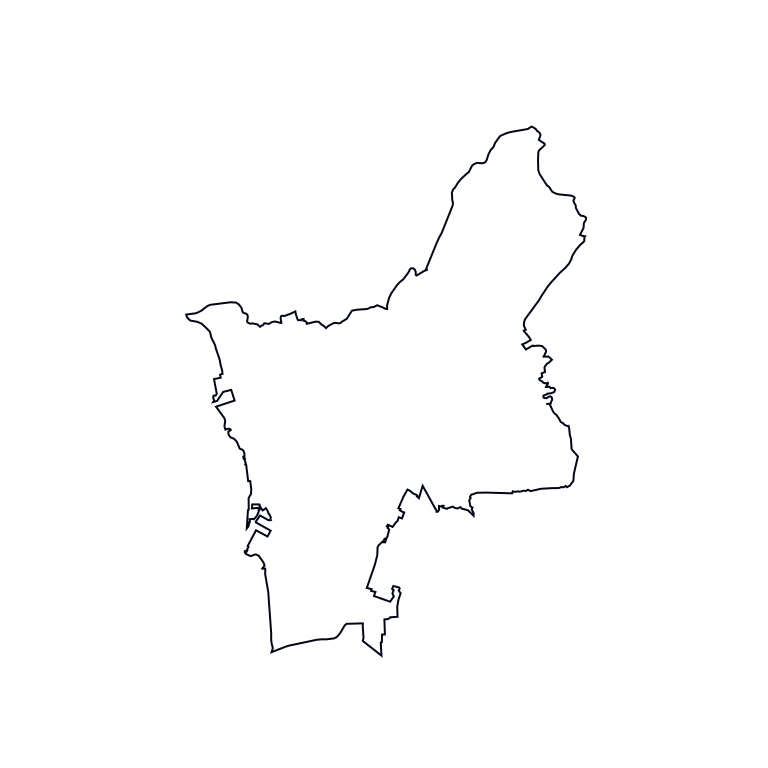 Kota Cirebon, Jawa Barat, Indonesia (orthographic projection), rotated 197°
{"feature_id": "22746128B80288264799633", "entity_name": "Kota Cirebon", "entity_type": "district", "adm_level": 2, "iso_a3": "IDN", "parent_name": "Indonesia", "parent_adm1": "Jawa Barat", "projection": "orthographic", "projection_center": [108.552, -6.744], "detail": "fine", "context": "isolated", "style": "outline", "palette": "ink", "viewbox_px": 768, "rotation_deg": 197, "n_neighbors": 0, "source": "geoboundaries", "source_scale": "gbopen_adm2", "svg_char_len": 6164}
<svg xmlns="http://www.w3.org/2000/svg" viewBox="0 0 768 768"><g transform="rotate(197 384 384)"><path d="M584.9,396.5L593.4,392.6L591.9,390.2L587.8,388.0L580.9,388.9L576.1,388.4L570.3,385.6L565.7,383.0L562.6,377.8L557.0,371.9L555.0,368.5L548.5,359.6L545.8,354.4L542.8,349.8L541.4,346.4L542.2,346.1L543.5,344.9L542.0,342.3L548.0,339.0L541.1,325.8L541.6,323.7L543.6,323.0L543.4,321.0L541.6,318.6L542.1,316.8L538.7,319.0L535.5,329.4L528.4,333.7L522.0,324.5L538.0,313.2L526.6,304.6L525.1,302.4L524.2,296.8L522.3,294.0L520.5,295.4L518.5,296.0L517.3,295.6L517.1,295.1L518.9,293.0L518.5,291.4L517.2,289.5L515.4,288.2L511.2,287.7L507.9,285.8L503.1,280.0L500.5,279.8L499.0,279.2L497.1,276.7L496.3,274.0L497.3,273.4L496.6,271.8L495.2,272.1L494.9,271.6L495.5,271.0L493.4,268.4L493.2,266.5L492.3,266.7L485.5,251.4L483.5,252.0L480.2,244.6L479.1,240.1L480.1,235.3L476.9,225.2L476.7,223.9L477.2,223.5L473.0,205.7L472.1,207.9L472.0,209.7L472.6,211.8L472.1,212.1L472.4,212.9L472.0,213.3L473.0,215.4L469.8,216.8L468.8,216.6L467.0,220.8L466.5,225.3L467.0,226.8L466.2,227.5L466.6,228.2L467.7,228.9L473.9,226.4L474.8,230.3L468.1,232.4L467.3,231.7L467.4,231.1L463.1,227.6L460.6,230.7L458.2,228.6L456.2,226.0L455.7,226.1L453.2,223.3L453.1,221.4L452.5,220.8L454.4,219.9L464.1,222.0L466.3,215.1L466.1,214.2L449.5,210.6L450.8,204.1L463.6,206.7L467.0,189.2L465.9,188.7L466.7,184.8L466.1,184.7L466.4,183.4L468.2,183.4L467.8,182.1L466.6,181.2L461.8,180.4L460.2,181.0L458.2,182.8L456.5,183.6L453.5,183.1L447.0,178.0L445.1,175.5L446.5,171.9L446.1,171.8L443.8,172.7L443.2,171.8L442.1,167.5L433.9,151.3L418.8,112.1L417.3,106.9L415.8,103.4L413.1,98.9L413.1,94.7L401.2,104.1L398.2,106.1L373.6,119.7L369.5,121.4L364.6,122.9L357.2,126.2L355.2,128.2L353.9,131.0L353.0,133.3L351.0,141.6L349.7,143.7L335.5,148.5L334.2,148.8L333.6,146.4L329.4,135.3L329.2,132.1L307.0,123.5L311.5,135.7L310.6,136.5L312.6,143.8L309.9,144.8L314.8,159.0L311.4,160.4L309.6,162.5L309.7,162.8L303.0,165.3L306.3,175.2L307.1,182.2L306.9,188.8L309.5,190.7L309.2,192.8L309.8,193.8L316.0,193.6L316.3,190.3L314.5,189.6L314.7,186.1L312.5,183.7L314.5,177.6L331.6,178.3L331.4,182.6L335.9,182.4L335.9,184.2L340.8,183.9L339.9,208.5L340.4,218.4L342.4,225.9L342.1,227.9L339.8,232.1L336.6,232.9L336.6,234.0L338.6,234.0L338.1,236.2L336.5,236.1L336.6,238.0L336.1,238.6L336.5,246.4L338.6,247.5L338.2,249.0L339.6,249.0L339.1,250.6L334.0,249.8L332.1,255.4L331.0,257.0L330.9,260.9L327.5,260.7L327.1,267.1L328.8,267.1L332.0,267.8L331.7,269.2L333.9,269.4L332.4,282.1L330.7,289.9L328.1,289.5L324.3,287.9L319.9,287.3L319.5,287.0L319.7,286.1L317.2,285.0L317.3,298.0L296.5,277.9L296.4,277.2L295.3,277.5L294.5,279.8L295.8,283.4L293.0,283.6L293.0,284.4L291.5,284.9L291.6,283.0L287.3,283.0L286.4,284.1L282.4,286.8L279.8,286.2L277.2,286.5L274.9,288.6L273.4,287.6L266.8,287.8L259.8,284.2L260.5,286.6L263.4,289.6L263.2,291.6L265.7,292.4L268.5,297.7L267.8,300.2L268.8,301.2L268.2,303.5L263.2,307.2L254.3,310.1L229.5,316.9L229.5,319.0L227.3,319.1L224.2,320.6L222.8,320.6L219.3,322.8L217.0,323.2L215.4,325.0L212.6,324.4L203.2,329.7L194.7,332.9L186.2,335.7L184.6,337.1L182.0,337.8L180.5,339.6L178.9,338.8L176.6,341.1L174.6,346.8L176.2,354.0L177.4,371.4L185.5,376.5L189.3,386.4L191.3,389.4L193.8,395.4L195.1,397.7L195.3,397.4L199.5,397.7L200.9,398.7L203.9,399.4L206.9,402.4L210.4,405.1L211.9,405.4L214.3,407.1L220.0,413.5L223.0,412.2L218.8,414.2L219.0,415.5L218.6,418.3L219.7,420.2L220.8,420.8L222.6,420.2L224.5,417.9L225.7,417.6L227.4,417.6L228.2,419.1L227.5,420.1L225.2,421.8L225.0,422.5L221.5,424.0L218.8,426.2L218.6,428.5L220.0,429.6L221.5,429.7L223.5,428.8L224.5,429.6L225.4,429.7L227.2,428.7L228.2,428.5L227.3,432.5L227.8,433.1L229.2,431.9L231.9,431.8L232.8,432.2L233.1,432.6L236.4,433.3L237.2,434.4L234.8,437.2L236.4,440.2L233.5,442.6L235.3,446.5L235.2,448.0L234.0,451.2L232.8,452.3L230.5,456.3L234.6,458.3L239.3,456.9L238.5,462.2L238.9,463.6L239.9,464.5L243.9,466.5L247.4,465.9L252.3,464.0L253.1,464.2L258.4,458.5L263.4,462.3L260.7,464.5L256.5,469.0L259.3,471.5L265.9,475.7L265.4,476.5L264.3,477.3L267.3,480.7L268.1,483.8L268.1,487.0L260.3,509.3L259.1,514.4L256.0,524.9L254.2,529.4L248.2,542.0L244.9,547.5L242.3,553.1L241.4,557.6L241.3,562.0L239.7,568.3L237.2,574.1L234.6,578.3L234.3,579.4L235.2,582.7L234.9,584.1L236.6,583.7L240.2,583.9L238.8,591.6L239.9,596.3L239.0,599.6L239.2,601.9L240.0,602.5L242.2,602.9L245.2,602.6L247.4,603.8L252.0,608.5L252.9,610.9L255.4,613.1L256.5,615.0L256.0,617.4L256.7,618.5L260.2,618.9L271.4,616.6L274.9,616.3L279.2,617.0L283.7,620.7L286.3,621.6L296.4,630.1L299.0,633.6L302.3,643.6L304.0,650.1L304.2,651.9L303.8,653.3L301.1,657.6L300.2,659.7L300.8,660.8L307.3,662.7L307.1,667.9L308.5,669.5L310.5,670.6L311.6,670.7L313.2,672.1L315.5,672.9L318.2,673.3L321.0,669.9L336.4,662.1L340.3,659.6L345.4,655.2L348.2,647.3L348.7,642.3L350.3,639.2L350.8,636.9L351.3,633.7L351.3,628.3L351.9,626.1L352.5,625.0L353.9,624.2L355.2,623.6L359.0,622.9L360.5,622.1L362.3,620.4L363.6,618.6L364.9,611.3L366.3,609.5L370.3,602.6L372.1,598.1L373.6,592.4L374.6,590.7L375.1,587.0L372.3,579.4L371.2,578.0L370.5,574.9L373.0,545.5L374.1,540.1L375.0,533.0L377.5,504.7L375.5,506.3L377.5,504.6L378.2,504.4L384.5,497.3L385.5,497.6L386.6,500.8L388.3,502.6L390.2,503.1L392.2,502.4L393.0,500.4L392.8,499.7L393.6,496.8L396.3,489.5L398.3,486.7L400.4,482.5L403.5,473.0L404.3,468.3L404.1,460.3L402.9,456.6L404.7,456.3L406.9,456.8L413.6,457.3L416.3,454.6L419.6,453.2L420.6,451.9L422.3,450.7L431.2,447.3L436.1,444.8L438.7,435.4L442.6,431.1L443.7,429.4L444.5,428.9L448.7,428.2L450.4,427.1L454.3,423.2L455.8,420.5L458.3,421.8L461.2,422.6L464.6,424.4L467.7,423.6L476.1,418.6L475.3,419.8L477.2,421.0L479.0,421.0L479.9,422.7L481.7,421.8L481.4,420.8L483.5,420.4L484.9,419.7L484.7,419.4L488.4,424.5L490.0,427.5L495.1,422.8L495.8,422.6L498.8,420.0L501.5,419.5L502.2,418.8L502.2,416.8L500.0,412.5L500.4,412.2L506.6,411.9L509.2,410.5L511.7,407.8L516.2,407.1L517.1,404.7L518.4,403.8L519.2,402.4L522.5,404.0L527.4,403.5L529.8,402.5L532.3,403.0L533.2,403.6L533.8,408.2L534.7,410.1L536.3,411.0L538.5,410.9L540.1,411.3L542.7,415.3L546.1,417.7L549.4,418.6L554.6,417.3L573.4,408.9L575.8,406.8L580.0,400.8L583.6,397.4L584.9,396.5Z" fill="none" stroke="#020617" stroke-width="2"/></g></svg>